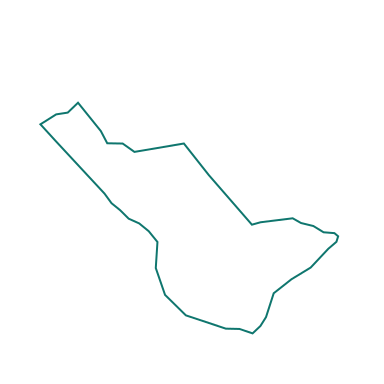 an SVG outline of Abim, rotated 321°
{"feature_id": "UGA-3126", "entity_name": "Abim", "entity_type": "County", "adm_level": 1, "iso_a3": "UGA", "parent_name": "Uganda", "parent_adm1": "", "projection": "natural_earth1", "projection_center": [33.73, 2.826], "detail": "fine", "context": "isolated", "style": "outline", "palette": "teal", "viewbox_px": 384, "rotation_deg": 321, "n_neighbors": 0, "source": "natural_earth", "source_scale": "10m", "svg_char_len": 639}
<svg xmlns="http://www.w3.org/2000/svg" viewBox="0 0 384 384"><g transform="rotate(321 192 192)"><path d="M118.1,65.9L116.8,44.0L135.3,46.2L145.4,52.1L159.6,50.9L159.5,87.3L156.8,100.8L168.6,110.7L172.5,124.6L216.2,149.2L215.7,189.5L218.0,255.1L226.3,258.7L253.7,275.8L257.2,284.7L264.9,294.8L268.9,306.1L276.8,313.6L277.7,318.4L272.9,321.6L262.2,321.9L236.7,325.4L214.4,322.4L191.8,322.1L170.8,335.8L160.8,339.2L150.1,340.0L142.7,328.3L132.3,319.5L109.6,284.0L106.3,255.0L116.0,228.3L133.7,209.1L133.7,195.3L131.2,183.2L126.0,172.9L124.7,160.9L122.4,150.1L123.0,138.2L118.1,65.9Z" fill="none" stroke="#0f766e" stroke-width="2"/></g></svg>